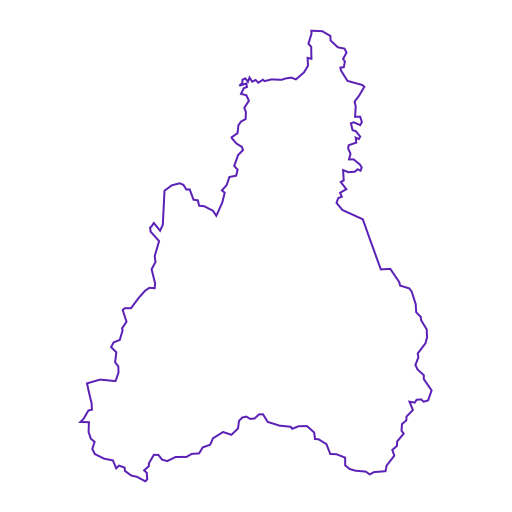 Jayuya, Puerto Rico
{"feature_id": "32010507B17453471751527", "entity_name": "Jayuya", "entity_type": "district", "adm_level": 2, "iso_a3": "PRI", "parent_name": "Puerto Rico", "parent_adm1": "", "projection": "mercator", "projection_center": [-66.589, 18.225], "detail": "fine", "context": "isolated", "style": "outline", "palette": "violet", "viewbox_px": 512, "rotation_deg": 0, "n_neighbors": 0, "source": "geoboundaries", "source_scale": "gbopen_adm2", "svg_char_len": 3069}
<svg xmlns="http://www.w3.org/2000/svg" viewBox="0 0 512 512"><path d="M330.4,36.0L322.3,31.2L311.3,30.7L311.5,33.7L308.4,43.8L311.2,46.8L311.4,58.8L307.6,57.9L308.0,65.7L304.0,72.4L295.9,79.4L291.3,77.6L286.0,78.4L281.5,79.8L271.6,79.4L264.5,81.1L262.9,79.7L258.3,82.7L255.6,80.0L252.2,81.7L249.5,77.5L248.0,81.7L245.2,78.4L242.5,79.7L242.3,83.1L239.3,85.7L246.4,83.5L246.9,87.0L243.8,88.2L241.0,93.8L246.4,95.3L248.9,100.8L244.3,107.8L245.9,112.0L245.6,119.1L241.2,121.4L238.4,125.3L237.5,133.2L231.6,137.3L232.1,138.5L236.5,143.6L241.8,146.8L243.0,150.1L238.1,155.0L234.2,166.0L237.6,169.6L236.2,175.7L229.4,177.0L226.6,185.2L221.9,190.4L224.7,192.7L222.3,202.5L216.3,215.8L212.9,210.7L204.1,206.2L199.2,205.7L197.8,200.3L193.5,199.7L189.7,189.4L186.4,189.6L183.4,184.8L179.6,183.3L171.9,185.3L164.5,190.7L162.8,224.8L160.1,230.7L153.8,223.0L151.5,226.5L150.1,227.5L150.6,231.6L159.1,241.1L154.7,256.1L155.5,262.0L151.6,269.2L155.1,283.4L154.7,288.2L149.4,287.8L145.1,290.7L138.6,298.0L131.0,308.2L124.9,308.2L122.7,310.0L126.5,321.7L122.0,328.4L122.6,330.3L119.8,339.9L113.6,342.4L111.1,347.1L116.3,352.3L115.1,362.3L118.3,366.3L118.5,372.7L115.5,381.1L100.0,379.6L87.0,383.4L89.1,393.0L91.6,403.3L91.9,409.7L88.4,410.5L83.7,418.6L80.4,422.0L88.9,422.2L88.6,432.1L90.9,438.8L94.6,441.8L92.3,448.9L94.9,454.1L104.2,458.7L112.9,460.4L116.2,468.3L119.0,465.6L124.6,467.6L125.0,471.0L131.4,475.6L137.0,476.8L145.3,481.3L147.2,479.4L146.8,472.8L144.1,470.4L148.8,466.2L149.0,463.1L153.9,454.8L158.5,455.0L162.0,459.6L167.2,461.1L175.6,457.0L186.6,456.9L191.7,453.9L199.1,453.4L202.7,447.4L210.1,444.8L213.0,438.3L223.1,432.0L231.4,434.8L238.0,428.5L239.0,420.9L242.3,417.5L246.4,416.6L250.2,418.9L254.6,418.5L258.7,414.7L259.1,414.3L263.0,414.3L267.7,421.9L279.4,425.6L290.8,426.8L292.2,428.8L298.7,426.2L307.0,426.1L314.2,432.5L315.0,439.0L318.6,439.3L326.4,444.1L330.3,454.0L336.4,454.2L345.1,457.6L345.2,465.4L349.6,469.0L355.5,470.7L365.7,471.6L369.8,474.4L374.0,472.1L385.5,471.2L386.6,465.6L394.3,455.7L392.3,449.9L396.9,446.0L397.2,441.4L403.7,433.6L401.5,430.7L402.0,424.0L406.3,420.4L406.5,416.6L412.9,410.0L409.5,401.7L414.7,402.6L416.6,399.8L421.1,399.4L423.7,401.7L428.1,400.4L431.6,390.4L423.8,379.1L423.8,375.2L417.5,369.4L415.4,365.0L418.4,357.3L417.7,353.5L425.4,343.4L427.1,337.3L426.7,329.4L421.1,320.2L420.8,317.0L416.2,312.2L415.7,304.2L411.7,291.6L409.3,288.4L400.1,285.6L399.3,282.2L390.3,268.9L380.8,269.4L370.1,239.8L362.8,219.3L342.4,210.0L336.5,202.9L338.3,198.0L341.8,196.7L340.1,192.8L346.3,189.2L340.8,182.0L343.7,180.5L343.1,170.1L348.4,172.2L354.9,171.7L357.5,169.3L360.5,170.7L361.7,167.6L360.0,164.6L353.6,159.4L349.0,159.4L350.5,153.8L348.1,148.3L348.7,145.2L356.3,142.6L355.7,137.6L358.8,139.1L360.2,136.6L355.7,131.1L352.6,130.2L350.9,123.3L353.7,122.3L360.2,125.1L361.9,122.0L360.1,116.7L355.1,116.8L355.7,106.3L354.6,101.6L359.1,95.7L364.3,86.8L362.3,85.0L347.5,80.9L340.9,70.4L340.4,67.6L343.8,67.2L344.9,61.6L343.1,58.9L346.5,52.6L344.5,48.6L337.8,47.3L330.6,40.5L330.4,36.0Z" fill="none" stroke="#5b21b6" stroke-width="2"/></svg>